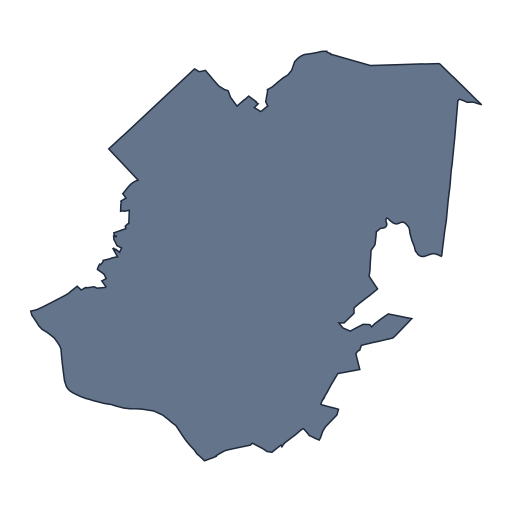 Ogresgala pag., Ogre, Latvia (orthographic projection)
{"feature_id": "27541924B67173140256681", "entity_name": "Ogresgala pag.", "entity_type": "district", "adm_level": 2, "iso_a3": "LVA", "parent_name": "Latvia", "parent_adm1": "Ogre", "projection": "orthographic", "projection_center": [24.724, 56.804], "detail": "fine", "context": "isolated", "style": "filled", "palette": "slate", "viewbox_px": 512, "rotation_deg": 0, "n_neighbors": 0, "source": "geoboundaries", "source_scale": "gbopen_adm2", "svg_char_len": 5782}
<svg xmlns="http://www.w3.org/2000/svg" viewBox="0 0 512 512"><path d="M330.7,53.6L329.2,53.1L328.0,52.6L327.0,52.2L326.9,52.1L326.8,51.2L325.6,51.3L322.2,51.3L319.4,51.9L317.5,52.4L315.0,52.9L313.2,53.2L311.1,53.6L308.1,54.0L305.9,54.3L304.2,54.6L302.8,55.2L301.4,55.8L300.0,56.8L298.8,57.6L298.1,58.1L296.7,59.5L295.8,60.5L294.7,61.7L294.4,62.4L293.8,64.2L291.7,70.2L291.3,70.8L289.7,72.6L288.6,74.1L287.7,75.1L282.7,78.1L280.9,79.7L277.6,82.3L276.0,83.8L274.1,85.3L273.1,86.2L272.2,87.0L267.4,89.6L267.5,91.6L267.0,94.4L265.7,101.7L266.4,103.2L267.8,106.0L267.4,106.2L265.2,108.0L262.1,110.6L260.9,111.5L260.7,111.5L257.7,109.7L254.3,107.6L258.2,103.8L256.0,102.2L256.2,101.7L248.7,96.1L244.6,99.7L244.1,99.8L243.4,100.5L237.0,106.1L230.7,97.5L229.9,95.7L228.4,91.3L228.1,90.7L224.6,89.6L218.9,86.1L212.7,79.1L210.7,76.6L205.4,70.4L199.5,71.7L197.9,71.0L196.7,70.3L196.7,70.1L194.5,68.9L156.0,104.9L123.0,135.8L122.0,136.6L108.7,148.9L138.1,180.1L136.0,180.9L134.4,181.7L132.9,182.6L132.2,183.2L131.5,183.7L131.4,183.7L131.1,183.9L131.1,184.0L130.1,184.9L129.3,185.7L128.0,187.2L122.7,193.8L123.1,194.1L125.8,197.8L126.0,198.1L123.3,199.6L120.8,201.2L121.3,202.3L120.8,204.8L120.6,211.3L122.6,210.8L123.8,211.3L129.3,210.3L128.9,221.1L128.8,222.6L128.8,222.8L128.9,223.5L127.7,223.9L126.1,225.3L125.2,226.2L125.9,228.6L122.2,229.9L121.5,230.1L119.5,230.9L118.0,231.4L114.0,232.8L113.9,232.8L114.2,235.6L116.3,236.1L116.2,236.7L113.6,236.2L113.9,239.5L116.0,243.5L116.9,245.5L117.2,245.8L121.6,248.0L119.6,252.0L119.6,252.3L119.4,252.2L115.9,249.3L115.2,250.3L113.8,248.2L113.0,248.6L117.5,256.8L115.3,257.2L112.8,257.7L112.0,257.9L109.8,258.8L103.1,260.4L103.2,261.5L100.6,264.6L99.7,264.1L99.2,265.0L98.7,265.7L98.5,266.5L97.8,267.9L97.6,268.6L97.4,269.5L102.4,272.9L102.7,273.2L103.6,273.9L103.9,274.0L105.6,277.4L105.7,277.6L106.2,278.6L101.8,280.9L105.9,286.7L105.1,287.4L104.9,287.5L104.7,287.5L97.6,288.1L97.0,288.1L96.6,288.0L94.4,286.8L94.0,286.8L92.2,287.0L89.9,287.4L87.4,287.7L87.2,287.8L86.9,287.7L86.7,287.8L86.4,287.7L86.1,287.7L85.9,287.5L85.7,287.7L85.3,287.8L85.2,287.9L84.9,287.9L84.7,288.0L84.4,288.1L84.4,288.3L83.8,288.6L83.2,288.9L83.0,289.0L82.8,289.2L82.6,289.3L82.3,289.4L81.0,289.9L79.7,288.6L77.8,286.8L77.2,286.2L70.2,291.8L69.4,292.7L66.6,294.5L65.3,295.3L50.3,303.1L44.2,306.2L43.0,306.8L42.5,307.1L36.2,309.9L30.7,311.1L31.9,315.3L33.9,318.2L36.4,322.0L38.8,325.8L42.0,329.3L47.3,332.5L54.4,338.1L57.1,341.9L59.6,345.7L61.0,349.1L61.4,354.3L62.1,361.8L63.4,372.5L64.5,380.8L66.6,387.1L69.2,390.3L72.8,392.8L80.5,396.5L80.8,396.6L85.5,398.4L89.8,399.5L92.8,400.5L99.4,402.2L104.6,403.5L111.2,404.5L116.2,406.1L124.0,408.1L130.5,408.8L136.2,408.8L142.5,409.2L153.8,411.0L163.0,415.2L165.1,417.0L168.1,419.3L172.3,422.9L175.9,425.6L182.5,435.6L185.9,440.5L189.6,445.0L194.3,450.0L197.1,454.1L199.1,455.6L204.5,460.8L214.0,457.3L214.8,457.0L215.0,456.7L216.3,456.3L216.2,455.7L219.4,453.7L224.9,450.7L229.0,449.6L231.6,449.1L233.6,448.6L249.1,445.4L250.3,445.2L252.4,443.2L262.9,448.7L267.0,451.5L271.9,452.3L278.5,447.0L281.0,445.1L281.9,446.8L283.6,444.2L285.0,442.7L293.2,436.4L294.2,435.8L295.5,434.7L297.2,433.3L301.0,429.9L301.1,430.0L303.2,428.6L304.2,429.4L307.7,433.4L307.9,433.6L308.0,433.8L309.4,435.7L310.7,436.1L313.8,437.6L314.3,437.9L314.4,438.0L314.6,438.2L319.1,440.0L319.1,439.8L319.9,438.9L320.2,438.4L321.5,434.9L322.3,432.6L322.7,431.4L325.6,426.6L331.3,420.8L336.9,415.0L338.5,409.3L335.9,408.5L325.7,405.9L324.3,405.4L322.8,405.2L321.2,404.5L321.0,404.4L320.9,404.2L320.9,403.9L322.1,400.9L322.7,400.0L323.7,398.6L323.3,398.7L327.2,392.2L330.8,385.4L333.1,381.5L334.1,379.8L337.8,373.6L359.8,369.5L355.8,353.6L358.1,350.8L359.7,350.3L360.0,349.4L360.0,349.2L360.4,348.0L361.5,345.3L365.2,344.4L373.1,342.5L378.0,341.5L392.8,338.0L395.5,335.6L405.6,325.1L411.8,318.6L404.9,317.3L397.8,315.8L388.5,314.0L388.3,313.9L386.9,314.9L384.5,316.5L382.5,317.9L380.4,319.4L378.9,320.5L379.0,320.6L374.7,323.7L371.6,326.9L369.8,324.6L363.1,324.3L356.0,328.0L350.3,331.1L343.0,328.0L338.8,322.9L344.1,322.9L354.0,313.3L354.0,308.0L357.9,304.5L365.3,298.7L369.4,295.7L377.6,288.9L373.8,283.3L369.0,276.0L369.5,273.6L369.7,272.2L370.1,268.8L370.1,266.5L370.2,264.4L370.9,253.9L371.0,250.5L374.7,245.2L375.0,244.5L375.4,241.5L376.0,236.3L376.3,232.3L376.2,231.9L377.0,231.3L377.2,231.1L377.8,230.5L378.7,229.9L380.3,228.4L382.0,228.2L382.6,228.1L383.1,228.1L384.1,227.9L384.6,227.6L385.9,226.7L386.6,225.5L386.9,224.2L386.7,223.1L386.1,222.0L386.0,220.9L386.1,219.1L386.5,218.2L387.4,218.3L388.1,218.6L388.6,219.0L389.5,220.2L391.1,221.4L392.7,222.7L395.3,223.8L396.8,223.9L398.4,223.5L400.8,222.4L402.7,222.1L404.0,222.4L406.5,224.4L408.6,227.1L409.3,228.6L410.0,233.7L410.5,235.4L412.0,240.9L412.5,241.8L413.1,243.5L413.6,244.7L414.1,245.8L414.4,247.0L414.7,248.1L415.4,251.0L416.0,251.8L416.8,252.7L417.8,254.3L418.1,254.5L418.7,255.1L419.8,255.7L420.4,256.1L421.9,256.5L423.7,256.5L425.9,255.9L427.7,255.2L429.1,254.7L432.2,253.8L433.6,253.7L435.3,253.9L438.0,254.8L440.1,255.8L441.2,256.3L441.7,255.8L442.3,250.4L443.7,239.4L444.4,233.5L444.5,232.4L444.9,229.9L446.3,220.6L448.2,200.4L450.0,185.9L451.2,170.6L452.2,163.9L452.4,161.5L452.6,159.0L454.7,138.3L456.0,123.0L457.8,101.5L457.7,101.0L459.2,99.5L459.7,99.2L460.0,99.3L462.0,100.1L464.1,100.9L467.2,102.3L467.6,102.3L471.1,102.2L472.4,102.0L473.0,102.2L474.5,102.5L475.5,102.8L477.1,103.4L479.3,104.0L481.2,104.6L481.3,104.5L481.1,104.2L476.2,99.6L475.5,98.9L462.0,85.5L459.0,82.6L458.9,82.5L453.7,77.3L453.2,76.9L452.1,76.0L440.9,65.0L440.1,64.2L439.3,63.7L438.7,63.6L424.9,64.0L421.6,63.9L403.6,64.5L377.5,65.3L370.9,65.5L370.5,65.5L370.0,65.4L367.2,64.6L344.1,58.0L334.4,55.2L331.8,54.5L331.1,54.5L330.8,54.5L330.7,53.6Z" fill="#64748b" stroke="#1e293b" stroke-width="1.5"/></svg>